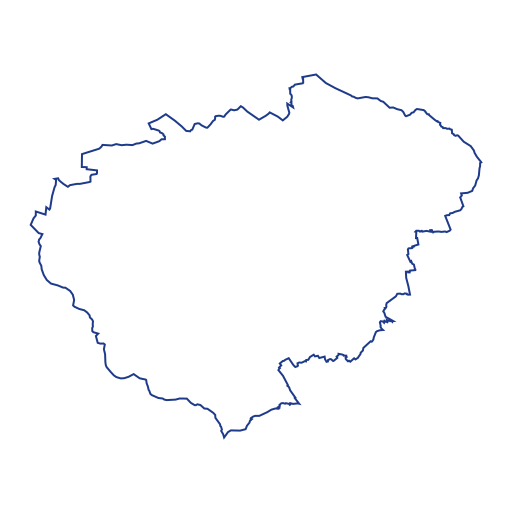 outline of Poduri, Bacau, Romania
{"feature_id": "2599482B30371086214997", "entity_name": "Poduri", "entity_type": "district", "adm_level": 2, "iso_a3": "ROU", "parent_name": "Romania", "parent_adm1": "Bacau", "projection": "equal_earth", "projection_center": [26.579, 46.458], "detail": "fine", "context": "isolated", "style": "outline", "palette": "blue", "viewbox_px": 512, "rotation_deg": 0, "n_neighbors": 0, "source": "geoboundaries", "source_scale": "gbopen_adm2", "svg_char_len": 6023}
<svg xmlns="http://www.w3.org/2000/svg" viewBox="0 0 512 512"><path d="M383.0,330.0L381.5,328.6L380.5,326.8L380.7,325.9L379.9,322.3L380.7,321.2L383.0,321.5L384.1,322.8L384.5,322.0L384.2,321.1L384.4,320.7L384.8,320.9L385.0,321.8L386.0,321.6L387.4,322.2L387.6,321.6L387.1,320.1L388.4,320.8L389.6,320.6L390.2,321.2L391.4,320.9L392.3,321.8L392.5,321.2L393.3,321.1L385.6,316.8L384.2,312.5L383.3,311.5L383.8,310.2L384.9,309.0L384.7,308.0L385.8,307.9L386.4,306.7L386.2,305.0L386.7,303.1L395.9,296.3L397.3,293.8L400.3,293.6L401.5,294.2L403.3,294.2L404.7,293.4L406.8,293.7L406.9,294.3L408.1,294.7L410.0,294.6L408.3,285.9L406.2,277.9L405.9,271.7L408.3,271.6L408.3,272.4L409.7,272.4L410.0,270.6L415.3,270.1L415.4,269.6L414.9,268.9L413.9,264.6L412.2,263.7L411.2,261.1L410.4,261.8L407.2,255.0L408.4,254.1L407.9,249.4L408.5,248.4L412.0,248.1L412.4,247.8L412.2,246.5L412.7,246.3L412.8,246.9L414.0,246.5L414.0,246.1L414.8,245.6L418.4,244.5L417.2,238.0L416.0,238.1L416.3,232.0L415.4,231.7L416.2,230.8L417.4,230.7L419.0,230.8L420.0,231.6L421.3,230.9L422.0,231.5L422.3,231.1L423.1,231.5L426.5,230.9L430.6,231.7L430.2,230.2L430.9,230.1L431.0,230.5L431.9,230.2L433.1,232.4L434.5,231.7L438.8,231.5L441.3,231.9L445.2,231.5L446.6,232.1L449.7,230.7L450.6,229.6L445.2,215.9L446.9,215.2L449.2,215.1L450.2,213.3L452.6,213.0L454.8,211.8L460.2,210.3L461.5,208.9L462.4,206.9L463.4,206.3L460.2,197.4L461.8,195.5L461.1,193.4L467.7,192.8L472.2,190.9L473.1,188.3L475.2,185.5L476.6,180.4L478.0,178.4L478.9,175.2L479.5,168.4L480.1,166.1L480.1,163.1L481.3,162.3L476.9,156.8L474.6,152.9L473.9,150.5L470.7,146.1L463.7,141.7L458.2,135.6L457.2,135.3L455.5,135.8L454.1,135.1L453.8,134.3L452.1,133.3L451.8,129.7L450.0,129.2L449.5,128.6L447.2,128.8L445.7,128.1L443.1,128.1L442.8,127.2L441.2,126.5L440.6,125.2L440.0,124.8L440.3,122.9L437.5,121.7L437.5,121.1L436.4,121.0L434.6,119.7L429.0,115.0L428.9,114.3L427.3,114.2L425.4,111.9L425.4,111.5L423.7,110.1L417.0,109.0L415.5,109.9L413.6,112.3L411.7,112.8L410.0,114.7L406.1,116.2L405.1,115.5L403.3,112.0L401.5,110.2L397.3,109.2L393.2,107.5L389.6,107.7L383.3,101.8L380.6,100.9L377.4,98.4L372.3,98.3L368.2,97.2L365.4,97.0L357.7,98.4L355.8,97.9L353.6,96.7L352.2,96.5L350.9,95.4L335.4,88.2L325.8,83.0L316.1,74.5L302.3,77.1L302.7,78.8L303.1,78.8L303.2,82.8L302.7,83.3L295.0,84.6L293.3,86.5L292.0,86.7L290.3,88.1L289.5,88.2L289.7,89.3L290.2,89.3L290.2,93.7L291.3,94.8L291.8,96.1L291.8,97.9L291.2,99.8L291.5,101.4L290.7,102.3L291.5,102.9L291.4,105.1L292.7,105.9L293.1,107.4L287.3,103.6L287.4,105.8L289.3,112.6L289.1,113.8L287.2,116.8L282.8,120.4L277.8,116.6L269.7,112.4L268.7,113.6L265.9,115.7L259.0,119.7L247.2,111.5L243.0,107.5L240.8,106.2L237.4,109.6L234.1,110.3L230.9,109.5L230.3,109.9L225.7,114.4L224.2,116.6L223.1,116.8L220.7,115.9L218.7,115.7L215.6,116.2L215.0,117.0L215.2,117.9L214.8,119.8L213.0,121.0L210.4,124.5L207.4,127.7L206.0,127.6L201.5,125.3L199.3,123.5L197.7,123.3L194.7,124.0L192.3,129.6L190.9,130.2L190.2,131.3L186.2,130.9L181.8,126.5L174.9,120.7L165.8,114.2L157.4,119.7L148.7,123.4L151.4,129.1L153.2,128.8L158.8,130.6L159.5,131.1L160.1,132.5L162.0,133.1L163.5,134.4L163.5,135.4L164.9,136.6L164.9,139.2L161.5,139.3L159.3,141.2L152.6,143.6L146.1,140.9L139.2,143.3L136.2,143.6L132.5,145.1L126.5,144.7L121.6,145.2L116.2,144.1L111.8,145.5L102.5,144.9L101.5,146.6L99.2,148.7L82.0,154.1L81.8,167.0L86.7,167.2L86.7,169.2L97.0,170.4L97.0,173.1L96.6,174.0L91.5,174.8L90.4,176.4L90.5,181.6L89.7,182.0L79.8,183.9L76.8,183.9L71.3,184.9L69.9,185.2L67.9,186.8L63.8,184.2L60.8,181.8L59.0,180.2L58.1,178.3L54.6,178.9L56.1,179.9L55.7,184.9L54.5,187.4L52.1,196.0L50.1,208.6L49.4,209.6L46.3,207.2L45.5,214.6L35.8,211.5L35.8,215.5L33.5,218.4L30.7,224.9L38.7,233.1L42.4,234.1L40.3,238.3L39.1,239.5L38.6,241.8L39.5,244.3L40.8,246.1L39.2,252.7L39.2,254.5L39.8,256.8L39.2,260.6L39.4,262.1L41.3,265.8L41.7,269.3L43.8,275.1L46.8,280.0L51.0,283.6L57.8,285.4L63.1,287.6L65.4,287.7L70.2,291.0L72.8,294.7L74.0,299.4L74.1,300.2L73.1,305.4L74.4,306.7L79.1,308.9L84.3,310.3L87.2,312.5L89.6,315.4L89.9,317.4L92.1,319.5L93.0,321.3L92.7,324.0L92.9,326.5L92.2,328.1L92.3,331.1L93.4,332.2L98.2,333.6L95.9,336.0L97.7,342.8L100.3,343.6L103.5,343.5L104.8,344.5L103.9,349.2L105.1,354.3L105.4,362.5L105.9,365.5L106.7,367.2L111.0,372.3L113.9,375.4L116.4,377.1L120.8,378.4L124.2,378.2L128.6,376.8L133.6,374.1L139.7,378.3L145.8,379.6L146.2,380.0L146.6,383.1L147.9,386.6L148.6,389.8L149.3,390.8L150.4,393.9L151.8,395.1L158.4,398.0L162.7,398.5L164.3,399.6L166.7,400.1L175.6,399.6L179.6,398.5L186.8,398.6L190.9,402.9L194.8,405.2L196.0,405.1L197.4,404.3L199.4,404.8L200.4,405.0L204.3,408.5L207.5,408.8L213.2,412.8L215.2,414.9L215.4,417.8L220.0,424.2L220.4,426.1L221.1,426.8L221.9,429.6L221.2,430.9L223.1,434.1L224.1,437.5L228.0,432.1L230.9,430.4L240.1,430.6L245.6,429.2L247.0,425.7L249.5,422.6L249.9,420.9L251.8,419.2L250.7,418.7L250.9,418.1L253.3,416.5L255.1,415.9L259.2,415.9L267.2,412.2L271.3,409.7L275.3,408.5L278.0,408.7L277.5,407.6L278.3,407.0L278.5,407.8L279.4,407.9L279.8,405.6L279.5,404.9L281.3,403.3L283.1,403.1L285.1,403.7L285.8,403.2L289.1,403.9L289.8,404.8L290.3,404.5L290.3,403.2L293.0,403.9L297.8,403.4L299.1,403.7L294.8,398.1L295.4,397.7L290.2,390.4L289.0,387.1L287.4,385.8L287.9,385.1L283.0,375.8L278.4,370.1L279.1,368.8L279.8,368.2L279.1,367.5L281.2,365.4L279.8,363.5L282.8,361.0L284.1,360.8L285.1,359.9L288.7,358.2L293.5,365.2L295.3,367.0L297.5,366.2L297.9,365.7L297.5,363.3L299.2,362.5L301.7,362.7L304.9,361.1L306.0,361.4L306.2,360.0L308.3,359.8L310.0,357.0L313.7,354.7L315.0,356.4L317.9,355.8L319.3,358.0L324.6,356.6L325.0,359.1L326.5,361.8L327.9,361.5L328.0,360.1L330.0,359.1L331.2,359.3L333.1,361.0L333.7,360.8L337.3,357.9L336.6,356.6L338.4,355.2L338.5,353.8L342.4,354.6L343.5,355.0L343.7,355.7L346.2,355.7L346.1,356.6L346.6,357.0L345.6,357.7L345.8,359.1L348.0,361.3L349.0,360.7L350.3,361.7L354.1,358.3L355.4,359.4L357.7,358.0L360.5,354.0L360.7,352.7L362.9,350.5L363.4,347.9L370.6,341.3L371.7,341.7L372.5,340.9L373.5,339.2L373.7,337.6L375.9,332.1L377.0,331.2L379.7,330.3L383.0,330.0Z" fill="none" stroke="#1e3a8a" stroke-width="2"/></svg>